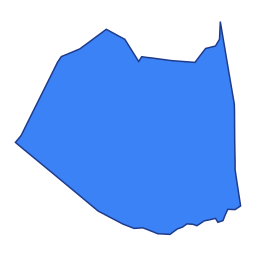 the district of Quipapá, Pernambuco, Brazil
{"feature_id": "56859067B62016250884699", "entity_name": "Quipapá", "entity_type": "district", "adm_level": 2, "iso_a3": "BRA", "parent_name": "Brazil", "parent_adm1": "Pernambuco", "projection": "albers", "projection_center": [-36.015, -8.831], "detail": "fine", "context": "isolated", "style": "filled", "palette": "blue", "viewbox_px": 256, "rotation_deg": 0, "n_neighbors": 0, "source": "geoboundaries", "source_scale": "gbopen_adm2", "svg_char_len": 761}
<svg xmlns="http://www.w3.org/2000/svg" viewBox="0 0 256 256"><path d="M134.1,228.4L142.8,227.8L153.8,232.1L157.6,233.7L170.0,234.4L177.2,229.0L182.5,227.1L186.9,223.9L193.0,224.3L196.9,225.7L200.6,223.3L204.1,220.9L209.5,219.8L215.5,218.4L217.9,222.3L223.0,220.6L225.0,215.4L227.8,209.3L235.1,209.6L240.6,205.9L236.5,179.2L235.1,169.6L235.1,163.2L234.7,140.3L234.5,110.5L234.3,104.0L228.4,69.6L220.3,21.6L219.5,39.3L215.5,46.0L205.6,48.5L199.2,56.8L195.0,62.4L171.4,60.6L152.8,58.1L145.8,57.3L141.7,56.7L138.7,61.5L124.8,39.3L118.6,36.0L106.3,29.3L79.8,48.9L61.3,56.6L57.5,62.3L53.0,71.4L27.9,121.8L21.2,135.4L15.4,142.4L19.1,145.5L24.6,150.1L27.9,152.8L61.8,180.8L98.2,211.1L123.0,224.1L134.1,228.4Z" fill="#3b82f6" stroke="#1e3a8a" stroke-width="1.5"/></svg>